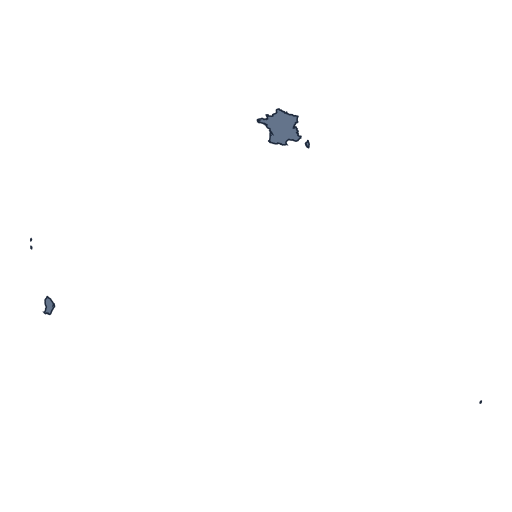 SVG path tracing the border of France
{"feature_id": "FRA", "entity_name": "France", "entity_type": "country or territory", "adm_level": 0, "iso_a3": "FRA", "parent_name": "Europe", "parent_adm1": "", "projection": "orthographic", "projection_center": [-7.471, 14.864], "detail": "fine", "context": "isolated", "style": "filled", "palette": "slate", "viewbox_px": 512, "rotation_deg": 0, "n_neighbors": 0, "source": "natural_earth", "source_scale": "50m", "svg_char_len": 5727}
<svg xmlns="http://www.w3.org/2000/svg" viewBox="0 0 512 512"><path d="M297.6,122.0L297.3,122.2L297.1,122.6L296.9,122.7L296.4,122.7L296.2,122.5L295.9,122.5L295.7,122.7L295.5,122.9L295.6,123.0L295.8,123.1L295.1,124.5L294.5,124.8L294.5,125.6L293.8,126.3L293.6,126.9L293.6,127.1L293.9,127.2L293.9,127.7L293.5,128.0L293.9,128.2L294.3,128.0L294.5,127.7L294.2,127.5L294.3,127.4L294.5,127.1L294.8,127.0L295.3,126.9L296.0,127.0L296.1,127.4L296.2,127.5L296.2,128.0L296.9,128.6L297.2,128.9L297.0,129.2L296.6,129.4L296.6,129.8L297.0,130.0L297.5,130.7L298.1,131.1L298.0,131.8L297.7,131.9L297.3,132.3L296.8,132.3L296.6,132.4L296.7,132.6L296.9,132.8L297.1,133.2L297.4,133.3L297.9,133.4L298.1,133.5L298.3,134.0L298.2,134.1L297.8,134.9L298.1,135.2L298.0,135.4L298.2,135.6L298.4,135.8L299.7,136.3L299.9,136.4L300.8,136.2L301.0,136.5L300.5,137.5L300.7,137.9L300.5,138.0L300.3,137.9L300.3,138.1L299.7,138.4L298.8,139.4L298.3,139.7L298.2,140.2L298.0,140.5L297.1,140.8L296.5,141.1L296.2,141.0L295.4,141.1L294.9,140.8L293.9,140.6L293.6,140.1L292.9,140.2L292.7,140.1L292.6,139.8L292.1,139.9L291.9,140.0L291.7,140.0L291.4,140.1L289.7,139.8L289.4,139.7L289.2,139.4L288.5,139.5L288.2,139.9L286.5,141.2L285.9,142.4L286.0,142.7L286.3,143.8L286.8,144.5L285.9,144.3L285.6,144.4L285.0,144.6L284.9,144.7L284.9,144.9L283.2,144.7L282.7,145.0L282.3,144.7L281.4,144.4L281.5,144.1L281.4,143.9L280.6,143.8L280.4,144.0L280.1,143.6L279.6,143.5L277.9,143.1L277.6,143.1L277.5,143.7L276.2,143.8L276.0,143.7L275.1,143.8L274.2,143.3L273.2,143.4L272.5,142.8L271.9,142.8L271.0,142.5L270.6,142.4L270.5,142.2L270.3,142.5L270.0,142.4L269.9,142.3L270.1,142.0L270.1,141.6L269.8,141.5L269.0,141.3L268.7,141.1L268.7,140.9L269.2,140.8L269.7,140.2L270.0,138.3L270.2,136.0L270.4,135.5L270.7,135.4L270.4,135.1L270.1,135.5L270.1,133.4L270.4,131.9L271.3,132.5L271.5,132.7L271.9,133.7L272.4,134.0L272.3,133.8L272.0,133.7L271.6,132.4L271.4,132.1L271.0,131.8L269.9,131.1L269.8,130.9L270.2,130.9L270.4,131.0L270.1,130.2L269.8,128.6L269.0,128.5L267.6,127.8L267.1,127.1L266.6,126.6L266.5,126.4L266.5,126.2L266.7,125.7L266.4,125.4L266.0,125.2L266.3,124.8L266.6,124.7L267.5,124.9L266.7,124.6L265.5,124.7L265.0,124.6L264.9,124.3L265.2,123.9L264.8,123.7L264.0,123.8L264.0,123.7L264.1,123.4L263.4,123.4L263.1,123.4L262.7,123.1L262.4,123.1L262.2,123.0L261.8,123.0L261.6,122.9L260.3,122.5L259.7,122.5L259.2,122.7L258.9,122.6L258.7,122.4L258.5,122.0L257.7,121.7L257.8,121.5L258.6,121.4L258.8,121.2L258.4,121.0L258.2,121.0L258.0,120.7L258.5,120.7L259.1,120.6L258.9,120.5L258.6,120.4L257.5,120.4L257.3,120.1L257.5,119.7L258.1,119.4L259.6,119.0L260.2,119.0L260.7,119.0L261.2,118.7L261.4,118.5L262.2,118.4L262.9,118.6L263.7,119.4L264.0,119.6L264.7,119.1L265.9,119.1L266.2,119.4L266.5,118.9L266.6,119.0L268.2,119.0L267.8,118.9L267.5,118.4L267.3,116.8L266.9,116.4L266.5,115.7L266.3,115.3L266.3,114.9L267.1,115.0L267.8,114.8L268.1,114.9L268.2,115.2L268.3,115.6L268.6,116.1L269.2,116.0L269.8,116.1L270.6,116.1L271.8,116.3L272.2,116.2L272.6,115.9L273.5,115.7L273.1,115.6L272.6,115.4L272.7,114.7L273.9,114.0L274.8,113.8L275.8,113.4L276.2,113.0L276.5,112.5L276.7,112.3L276.6,112.2L276.4,110.4L276.4,110.1L276.6,109.8L277.2,109.4L278.8,109.0L279.0,108.9L279.1,109.0L279.4,109.4L279.3,109.6L280.0,110.2L280.2,110.3L281.0,110.0L281.3,110.2L281.5,110.5L281.7,111.0L281.8,111.1L282.7,111.1L282.8,111.2L283.0,111.7L283.1,111.8L283.3,111.6L283.9,111.6L284.2,111.7L284.6,112.0L284.6,112.4L284.8,112.6L284.7,112.9L284.9,113.1L285.5,113.1L286.0,113.0L286.3,112.9L286.4,112.5L286.7,112.2L286.8,112.3L286.7,113.0L286.9,113.2L287.1,113.7L287.6,113.7L288.0,113.9L288.5,114.0L289.3,114.7L290.2,114.5L290.3,114.6L290.9,114.8L291.4,114.6L291.6,114.6L291.9,114.7L292.3,114.7L292.6,114.9L292.8,115.2L293.4,115.8L293.5,115.8L293.7,115.6L293.8,115.6L294.2,115.7L294.4,115.9L294.6,115.9L294.9,115.9L295.6,115.7L295.9,116.0L296.2,116.0L297.5,116.2L297.9,116.3L298.0,116.6L297.3,117.7L297.2,119.2L297.1,119.7L297.1,120.1L297.2,120.3L297.2,120.7L297.2,121.2L297.3,121.6L297.4,121.9L297.6,122.0ZM44.1,312.3L44.3,312.3L44.5,312.0L44.8,311.9L45.5,310.4L45.7,309.6L45.6,308.8L46.3,307.5L46.4,306.9L46.3,306.7L46.2,306.7L46.0,305.9L45.6,305.2L45.3,304.3L45.3,303.9L45.2,303.6L45.1,302.2L45.2,301.8L45.2,301.2L45.1,300.9L45.1,300.1L45.2,299.7L45.7,299.0L46.0,298.6L46.6,298.1L47.0,296.9L47.2,296.6L47.5,296.6L48.7,298.0L49.3,298.2L50.6,299.1L51.0,300.0L52.0,301.4L52.5,302.0L52.5,302.3L52.3,302.7L52.7,302.4L53.2,303.2L53.5,304.3L53.3,305.0L53.6,304.7L53.7,304.3L53.8,303.8L54.0,303.8L54.1,304.2L54.5,305.9L54.5,306.7L54.1,306.9L53.8,307.5L53.2,308.1L53.2,308.4L52.6,309.6L52.3,310.0L51.9,310.3L51.8,310.6L51.8,310.9L51.6,311.5L51.4,311.7L51.1,312.6L51.0,313.0L50.5,313.9L49.9,314.2L49.8,314.4L49.4,314.4L48.7,314.1L48.4,313.4L47.8,313.7L47.0,313.2L46.9,312.9L45.7,313.7L45.1,313.4L44.7,313.0L44.4,312.8L44.3,312.5L44.1,312.3ZM308.3,141.5L308.4,142.1L308.7,142.5L309.2,144.3L308.9,145.3L309.0,146.1L309.0,146.3L308.9,146.6L308.8,147.3L308.6,147.7L307.5,147.2L307.1,146.9L307.3,146.4L306.7,146.2L306.7,145.7L306.6,145.4L306.2,145.4L306.4,144.9L306.3,144.7L305.8,144.5L305.7,144.2L305.8,144.0L306.0,143.9L305.8,143.7L305.6,143.6L305.8,143.3L305.9,142.8L306.2,142.5L307.0,142.2L307.2,141.9L307.8,142.0L307.8,141.9L307.9,141.7L307.7,140.9L307.7,140.6L307.9,140.6L308.1,140.7L308.3,141.5ZM480.9,402.8L480.5,403.1L480.4,403.1L480.1,403.0L480.1,402.8L480.2,402.2L480.6,401.5L480.9,401.2L481.2,401.1L481.3,401.1L481.3,401.9L480.9,402.8ZM31.7,248.4L31.6,248.7L31.0,248.3L31.0,248.0L31.3,247.7L31.0,247.6L31.0,247.4L30.9,246.6L31.0,246.4L31.7,247.1L31.6,247.4L31.7,247.8L31.7,248.4ZM31.1,240.5L30.9,240.7L30.7,240.1L30.9,238.9L31.1,238.7L31.3,239.0L31.5,239.3L31.4,239.5L31.2,240.4L31.1,240.5Z" fill="#64748b" stroke="#1e293b" stroke-width="1.5"/></svg>